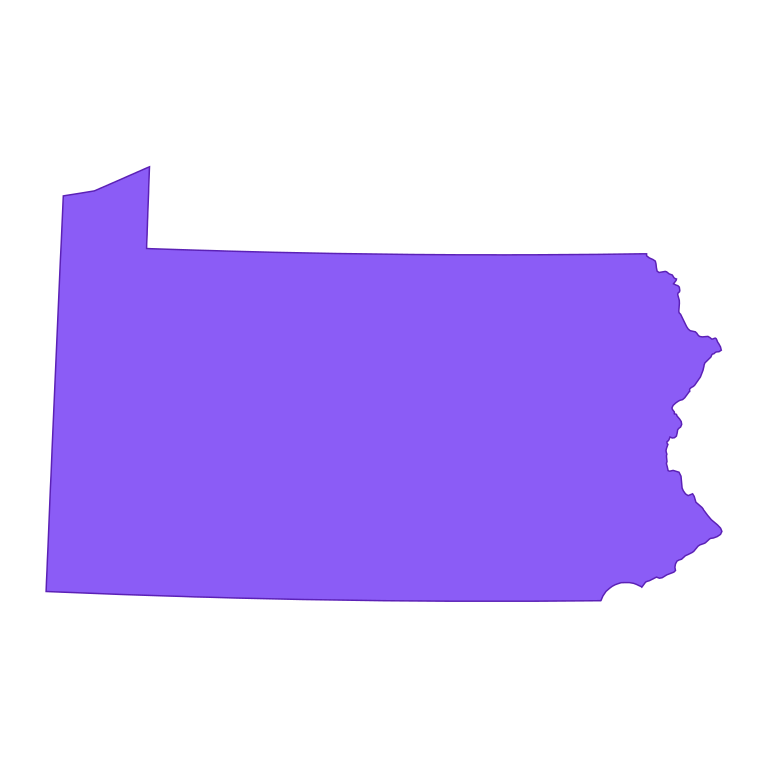 Pennsylvania, orthographic projection
{"feature_id": "USA-3560", "entity_name": "Pennsylvania", "entity_type": "State", "adm_level": 1, "iso_a3": "USA", "parent_name": "United States of America", "parent_adm1": "", "projection": "orthographic", "projection_center": [-76.702, 41.129], "detail": "fine", "context": "isolated", "style": "filled", "palette": "violet", "viewbox_px": 768, "rotation_deg": 0, "n_neighbors": 0, "source": "natural_earth", "source_scale": "10m", "svg_char_len": 3897}
<svg xmlns="http://www.w3.org/2000/svg" viewBox="0 0 768 768"><path d="M63.3,195.9L65.1,195.6L79.7,193.3L94.3,190.9L111.8,183.3L129.3,175.6L146.8,167.9L149.5,166.8L149.3,171.8L149.1,177.0L148.9,182.1L148.7,187.3L148.6,192.5L148.4,197.6L148.2,202.8L148.0,207.9L147.8,212.4L147.7,216.8L147.5,221.2L147.4,225.7L147.2,230.1L147.1,234.5L146.9,238.9L146.7,243.4L146.6,248.5L150.7,248.7L166.0,249.2L181.4,249.7L196.8,250.2L212.1,250.6L227.5,251.1L242.9,251.5L258.2,251.9L273.6,252.3L289.0,252.6L304.4,252.9L319.7,253.2L335.1,253.5L350.5,253.7L365.9,253.9L381.2,254.1L396.6,254.3L412.0,254.5L427.4,254.6L442.8,254.7L458.1,254.8L473.5,254.8L488.9,254.8L504.3,254.9L519.7,254.8L535.1,254.8L550.4,254.7L565.8,254.6L581.2,254.5L596.6,254.4L612.0,254.2L627.3,254.0L642.7,253.8L645.2,253.8L646.6,253.8L646.6,255.8L649.3,257.9L652.9,259.5L655.3,261.1L656.0,263.9L656.4,267.7L657.1,271.1L659.0,272.5L665.2,271.4L666.6,271.8L669.2,273.9L672.3,275.0L674.0,277.8L675.0,278.5L676.5,279.0L676.1,280.4L673.5,283.8L675.9,285.0L677.9,285.7L679.3,287.1L679.8,290.4L679.5,291.8L678.0,293.1L677.7,294.6L679.3,300.3L679.4,303.4L678.8,311.3L679.2,312.9L680.6,314.3L686.6,326.6L688.2,329.0L690.2,330.7L695.3,331.8L696.8,333.2L697.9,334.9L699.5,336.4L702.3,336.9L707.9,336.4L710.1,337.7L711.6,339.0L712.8,339.0L713.9,338.5L715.2,338.1L716.1,338.6L716.7,339.7L717.7,342.2L718.7,343.6L720.5,346.9L721.2,349.9L721.3,350.2L719.0,351.7L716.5,351.9L715.4,352.4L713.8,353.8L712.6,354.0L712.1,354.4L711.7,355.0L711.1,356.5L710.9,357.0L704.9,362.9L704.1,365.0L704.0,366.0L703.0,370.3L700.4,377.0L694.6,385.3L693.2,386.5L692.4,386.9L691.2,387.6L690.1,388.5L689.6,389.3L689.7,391.1L689.7,391.5L689.2,391.7L684.7,397.8L682.6,399.6L680.0,400.3L678.4,401.1L675.7,403.0L673.1,405.4L672.0,407.8L672.2,408.9L672.9,410.1L674.3,411.9L674.4,412.5L674.3,413.2L674.3,413.8L674.7,414.0L675.4,414.0L676.1,414.2L676.6,414.7L676.8,415.6L677.7,416.8L679.5,418.9L681.2,421.5L681.7,424.4L680.6,427.0L679.0,428.2L677.7,429.7L677.1,433.3L676.4,436.1L674.5,437.7L672.2,438.0L670.0,437.0L669.0,439.6L668.3,440.8L667.4,441.3L666.9,442.0L667.1,443.2L667.5,444.3L667.9,444.4L666.4,448.7L666.0,450.8L666.4,452.7L666.9,454.2L666.5,455.4L666.5,456.9L667.0,461.7L666.4,463.2L666.7,464.8L667.2,466.4L668.1,470.6L669.6,471.2L673.1,470.4L679.0,472.2L681.0,476.2L682.1,488.0L683.3,490.8L685.5,493.9L688.1,495.6L692.6,493.8L694.2,496.4L695.9,502.2L702.0,507.5L703.1,508.9L703.5,509.8L707.6,515.3L711.3,519.7L717.6,525.0L720.6,528.2L721.9,531.4L720.5,534.4L717.2,536.6L713.4,538.0L710.5,538.4L709.4,539.1L705.4,542.8L704.2,543.4L699.9,544.9L698.1,546.1L693.7,551.4L692.1,552.5L688.1,554.5L685.4,555.7L681.6,559.2L679.0,560.0L677.0,561.1L675.5,563.9L674.9,567.3L675.5,570.5L673.9,572.1L666.9,574.8L662.2,577.7L659.4,578.2L656.5,577.1L649.4,580.7L647.3,581.3L645.6,582.1L641.8,587.2L641.7,587.1L641.0,586.5L639.2,585.7L636.5,584.4L633.5,583.3L629.5,582.6L624.4,582.6L621.1,582.7L617.7,583.8L615.2,584.7L612.2,586.3L609.4,588.4L606.0,591.4L602.9,596.0L601.0,600.5L600.8,600.7L599.9,600.7L599.4,600.7L586.3,600.8L572.9,600.9L559.3,601.0L545.8,601.1L532.3,601.2L518.8,601.2L505.3,601.2L491.8,601.2L478.3,601.2L464.8,601.2L451.3,601.2L437.8,601.1L424.3,601.0L410.8,600.9L397.3,600.8L383.8,600.7L370.3,600.5L356.8,600.3L343.3,600.1L329.8,599.9L316.3,599.7L302.8,599.5L289.3,599.2L275.8,598.9L262.3,598.6L248.8,598.3L235.3,598.0L221.8,597.6L208.3,597.2L194.8,596.9L181.3,596.4L167.8,596.0L152.6,595.5L137.4,595.0L122.2,594.5L106.9,593.9L91.7,593.3L76.5,592.7L61.3,592.1L46.1,591.5L46.5,580.9L47.0,570.3L47.4,559.7L47.9,549.1L48.4,536.9L48.9,524.7L49.4,512.5L49.9,500.3L50.4,488.1L51.0,475.9L51.5,463.7L52.0,451.5L52.0,451.4L52.0,451.2L52.0,450.9L52.7,434.9L53.4,418.9L54.1,403.0L54.8,387.1L55.5,371.1L56.2,355.2L56.9,339.3L57.6,323.3L58.3,307.4L59.0,291.5L59.7,275.5L60.4,259.6L61.2,243.6L61.9,227.7L62.6,211.8L63.3,195.9Z" fill="#8b5cf6" stroke="#5b21b6" stroke-width="1.5"/></svg>